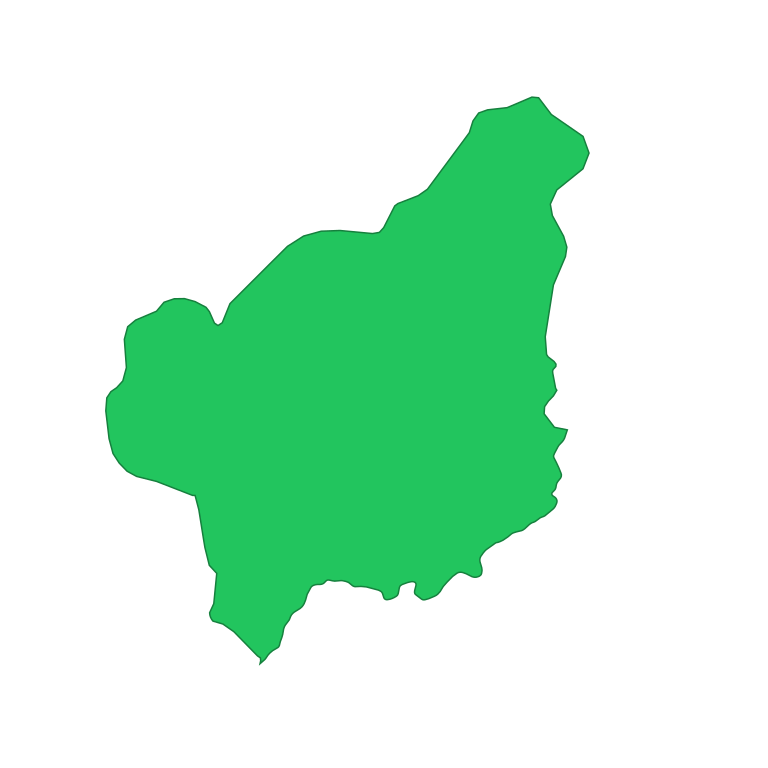 Pcinjski, Mercator projection, rotated 158°
{"feature_id": "SRB-841", "entity_name": "Pcinjski", "entity_type": "District", "adm_level": 1, "iso_a3": "SRB", "parent_name": "Republic of Serbia", "parent_adm1": "", "projection": "mercator", "projection_center": [22.074, 42.528], "detail": "fine", "context": "isolated", "style": "filled", "palette": "green", "viewbox_px": 768, "rotation_deg": 158, "n_neighbors": 0, "source": "natural_earth", "source_scale": "10m", "svg_char_len": 3519}
<svg xmlns="http://www.w3.org/2000/svg" viewBox="0 0 768 768"><g transform="rotate(158 384 384)"><path d="M557.3,542.2L546.6,541.6L537.0,537.9L528.3,531.2L520.3,521.8L518.8,516.5L518.4,504.0L516.0,500.4L511.0,501.4L496.7,516.2L445.0,538.1L421.9,547.8L403.1,551.3L394.7,550.3L385.0,549.2L367.3,542.8L338.3,527.8L331.5,526.3L325.7,529.1L307.3,545.1L303.5,546.1L281.8,545.8L270.8,548.3L217.8,580.7L210.7,585.1L202.9,594.6L194.7,599.8L185.3,599.4L166.3,594.1L139.4,594.6L133.4,591.5L127.9,571.2L106.7,539.0L107.4,521.3L118.9,509.0L151.1,499.2L162.4,488.5L164.8,477.1L162.1,453.7L163.2,442.4L168.0,434.2L189.8,412.4L216.8,367.4L222.2,350.5L221.7,347.7L217.9,341.2L217.1,338.0L218.1,335.9L221.8,334.1L222.9,332.7L223.5,330.7L226.5,315.7L226.1,313.5L231.4,309.5L237.9,306.6L243.6,302.8L246.7,296.4L242.2,280.0L231.2,272.8L236.9,266.1L238.5,264.8L240.1,263.8L244.7,261.7L246.4,260.5L251.7,256.0L253.4,254.3L253.9,253.3L254.1,252.2L253.6,246.6L253.3,240.8L253.3,235.2L253.5,233.4L254.2,232.0L254.9,231.2L255.7,230.5L259.3,228.5L260.8,227.4L261.9,226.1L263.5,223.5L264.5,222.4L265.4,221.8L268.7,220.3L269.4,219.7L269.8,218.5L269.5,217.3L267.8,214.7L267.4,213.7L267.2,212.5L267.3,211.1L267.8,209.9L268.7,208.7L271.1,206.4L272.6,205.4L273.9,204.8L283.3,201.8L284.3,201.5L285.9,201.4L288.0,201.5L289.5,201.4L295.2,199.9L296.7,199.8L298.8,199.9L300.3,199.7L302.4,199.1L307.6,197.1L309.7,196.6L311.2,196.5L316.7,197.3L319.5,197.5L320.7,197.5L321.9,197.3L326.2,195.9L332.2,194.6L335.7,194.4L337.6,194.5L339.8,194.9L350.5,192.3L352.2,191.8L355.3,190.2L359.0,187.8L360.2,186.5L361.1,185.0L361.6,183.2L362.2,177.1L362.7,175.2L363.1,174.1L364.5,171.8L365.5,170.8L366.5,170.4L367.6,170.1L369.1,170.1L370.7,170.3L372.0,170.7L373.1,171.3L374.5,172.3L378.9,177.3L381.5,179.6L383.0,180.6L384.1,181.0L385.4,181.3L386.9,181.3L392.4,179.9L399.7,176.7L404.5,174.3L405.6,173.6L409.6,170.6L412.9,169.0L414.7,168.5L416.7,168.3L422.9,168.2L426.7,168.6L427.8,168.9L428.8,169.4L429.8,170.5L433.1,176.1L433.8,177.4L433.9,178.4L433.7,179.5L433.0,180.9L429.8,185.3L429.2,186.7L429.2,187.3L429.5,188.4L430.3,189.3L431.2,189.9L432.4,190.4L434.4,190.8L436.6,191.1L442.1,191.3L443.9,191.0L444.9,190.6L446.0,189.5L449.3,184.4L450.4,183.3L451.4,182.8L452.5,182.5L454.6,182.2L456.7,182.1L458.9,182.2L460.9,182.6L462.1,182.9L463.1,183.5L464.0,184.6L464.2,185.9L463.9,189.9L463.9,191.1L464.2,192.2L464.8,193.2L466.4,195.0L476.4,202.5L481.3,205.0L485.5,206.5L486.7,206.9L487.6,207.5L488.7,208.7L490.8,212.6L491.5,213.6L493.4,215.3L496.0,217.1L497.4,217.8L503.5,219.7L505.6,220.9L507.9,222.5L509.2,223.2L510.1,223.4L511.0,223.3L514.3,221.9L515.3,221.7L516.7,221.7L518.4,222.1L520.9,223.1L522.4,223.5L523.9,223.7L525.7,223.7L527.3,223.2L528.2,222.6L534.0,217.8L537.6,213.1L540.4,210.2L541.9,209.1L543.4,208.2L545.9,207.3L551.1,206.4L552.8,206.1L554.5,205.5L556.1,204.7L557.5,203.6L560.2,200.8L566.0,197.3L567.3,196.2L568.8,194.5L571.7,189.8L573.8,187.1L576.7,183.9L579.0,180.7L580.1,179.8L581.1,179.4L587.1,178.5L590.9,177.2L593.3,176.0L596.4,173.9L597.7,173.2L603.1,171.3L603.7,171.1L602.0,173.6L601.2,176.4L603.1,179.2L616.0,210.6L623.3,221.8L631.4,228.2L632.0,230.4L632.2,232.7L632.0,234.9L631.4,237.2L624.1,244.1L610.0,271.1L613.9,281.3L611.3,299.5L609.6,307.1L602.8,336.7L600.9,351.4L603.3,352.5L631.4,378.9L648.0,391.0L654.9,399.4L659.1,409.8L661.3,421.0L659.4,436.3L652.0,463.3L646.2,475.0L640.1,479.2L633.3,480.7L625.0,484.7L616.7,495.7L608.0,522.7L600.2,533.1L590.3,536.3L567.7,536.7L557.3,542.2Z" fill="#22c55e" stroke="#15803d" stroke-width="1.5"/></g></svg>